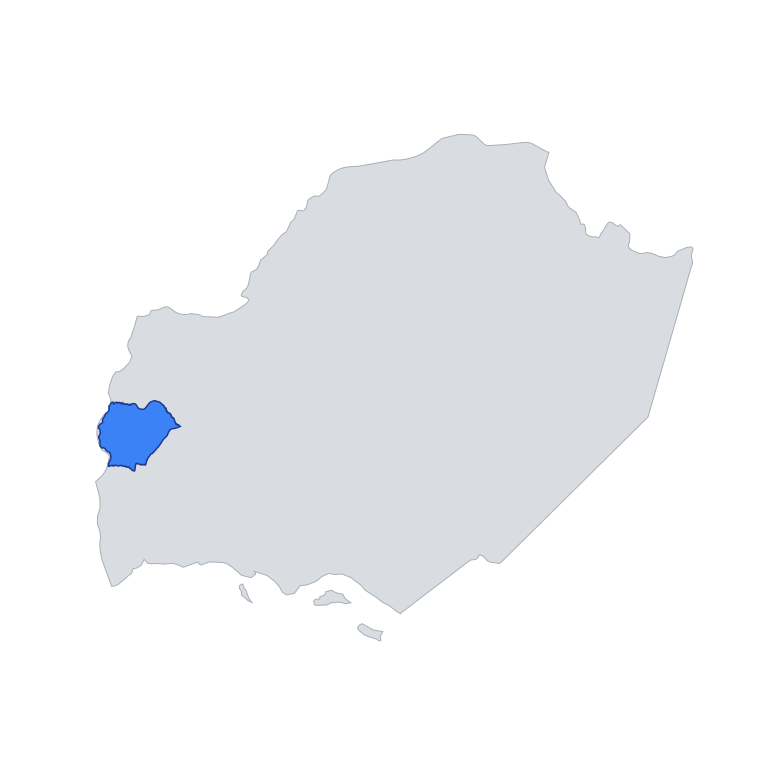 Tunduru, Ruvuma, United Republic of Tanzania (highlighted), rotated 107°
{"feature_id": "72390352B58168894275482", "entity_name": "Tunduru", "entity_type": "district", "adm_level": 2, "iso_a3": "TZA", "parent_name": "United Republic of Tanzania", "parent_adm1": "Ruvuma", "projection": "albers", "projection_center": [37.262, -10.895], "detail": "fine", "context": "in_parent", "style": "filled", "palette": "blue", "viewbox_px": 768, "rotation_deg": 107, "n_neighbors": 0, "source": "geoboundaries", "source_scale": "gbopen_adm2", "svg_char_len": 9392}
<svg xmlns="http://www.w3.org/2000/svg" viewBox="0 0 768 768"><g transform="rotate(107 384 384)"><path d="M291.3,534.0L283.3,529.9L276.0,527.4L270.1,524.7L267.4,522.0L261.9,521.0L257.1,520.6L252.6,518.1L243.5,517.3L242.5,515.6L242.2,511.8L240.6,510.9L237.3,510.0L233.7,510.1L231.6,510.7L230.3,510.4L227.3,508.2L224.5,505.4L223.4,500.9L219.1,498.1L214.3,495.9L200.9,496.4L198.8,495.7L195.6,493.5L191.8,489.8L188.7,485.5L186.0,479.7L183.1,471.8L167.0,440.5L165.3,434.5L162.2,428.0L157.1,419.9L151.7,414.0L144.5,408.7L136.4,403.4L131.9,399.9L123.3,385.2L121.4,378.3L119.9,371.1L120.4,368.2L125.3,358.7L125.8,356.1L125.1,352.6L122.3,345.3L118.9,336.4L111.8,320.2L110.8,316.1L110.8,313.0L114.3,296.3L114.1,294.0L129.7,293.9L140.8,286.4L150.5,275.3L152.3,270.7L156.2,263.7L160.1,260.2L161.5,257.7L163.6,250.7L168.7,245.9L173.7,242.2L172.6,239.7L173.3,238.7L176.1,236.8L181.4,235.0L182.4,231.4L182.3,227.3L181.4,225.0L181.5,222.3L180.6,220.9L177.1,220.6L171.8,218.7L167.4,217.9L164.4,216.8L163.3,215.9L162.8,213.4L165.1,207.1L162.6,204.5L167.8,193.9L168.7,192.6L170.7,192.4L173.8,191.2L176.7,190.7L179.1,191.0L180.8,190.5L182.3,189.3L183.6,185.7L184.5,179.8L183.8,175.0L181.5,171.3L180.7,165.6L181.6,158.0L180.7,151.6L178.1,146.6L175.5,143.7L171.5,142.3L165.2,134.7L163.2,131.0L163.5,128.7L165.6,127.6L169.6,127.9L173.2,126.9L176.6,124.7L180.0,124.1L181.8,124.4L338.3,121.9L521.2,220.4L521.9,221.6L523.3,230.2L523.0,233.1L520.2,238.1L519.4,240.7L519.4,242.4L520.1,243.2L522.4,243.4L524.5,244.6L525.2,245.5L526.8,249.3L528.7,251.1L597.4,300.4L598.9,301.2L597.9,305.3L594.0,315.3L593.7,319.4L592.2,324.3L590.7,327.6L586.7,341.6L583.3,346.8L578.8,359.2L578.0,368.6L580.5,375.2L581.3,381.4L586.6,387.5L590.8,389.7L593.6,392.5L598.6,398.9L601.5,405.3L610.5,408.5L614.1,415.7L612.7,420.6L608.5,424.6L604.5,431.2L601.3,439.8L601.1,453.1L603.3,451.1L608.0,454.4L608.6,464.1L603.6,475.5L602.0,480.8L601.7,485.4L605.2,499.0L610.6,506.0L610.2,508.2L608.7,510.0L617.9,522.3L617.0,533.0L620.4,541.3L621.9,548.5L624.1,554.1L624.5,557.9L621.7,562.1L628.4,563.2L632.3,566.7L634.1,570.1L639.0,570.0L641.6,572.2L645.3,574.2L653.6,579.8L655.9,582.6L657.2,585.3L634.1,602.6L625.7,607.0L619.8,609.1L613.4,610.2L607.4,612.9L601.7,617.2L594.4,619.3L585.6,619.3L576.2,622.3L561.6,631.3L553.1,626.2L546.4,624.6L538.7,624.8L534.0,625.4L532.3,626.5L530.8,629.5L529.6,634.6L524.5,639.4L515.7,644.1L507.6,645.8L500.1,644.6L495.1,642.7L492.4,640.0L488.6,638.8L483.4,639.0L478.5,640.9L473.9,644.6L466.4,646.1L456.1,645.7L450.6,644.0L449.8,640.9L445.3,637.4L437.1,633.4L431.0,633.3L427.1,637.2L423.6,639.7L420.4,640.7L417.5,640.9L413.3,639.8L401.9,639.5L391.2,639.7L390.0,634.1L387.8,630.7L385.8,628.6L382.1,628.2L381.1,626.6L379.8,623.1L377.9,620.1L375.5,617.6L374.0,615.4L373.5,613.3L373.9,610.9L376.1,605.1L376.7,601.2L376.4,597.1L375.2,593.0L372.6,588.0L372.9,586.6L372.0,583.2L371.9,580.9L372.3,577.9L371.8,574.1L369.5,565.8L369.5,563.7L367.1,559.7L359.8,550.3L359.5,549.1L348.1,539.7L343.6,537.6L342.0,539.4L341.4,541.1L341.9,544.1L341.6,545.7L341.2,546.4L338.5,546.3L336.8,546.0L332.5,543.4L329.2,542.8L320.9,543.4L318.0,544.0L315.7,543.5L311.3,539.2L306.2,538.3L301.6,538.2L293.9,533.3L291.3,534.0ZM612.0,373.9L615.6,384.4L615.1,386.4L612.5,387.5L611.1,387.6L609.5,385.9L608.3,382.4L606.3,383.2L602.9,379.0L599.5,378.8L596.5,373.7L597.7,369.4L597.1,361.9L600.8,358.1L602.9,351.7L605.2,356.1L605.7,362.9L608.9,371.0L612.0,373.9ZM630.6,311.9L630.9,314.4L630.1,316.7L630.2,324.1L629.8,329.0L627.0,335.8L624.7,338.2L622.6,337.5L620.9,336.3L619.6,334.5L622.4,322.0L621.1,312.8L626.4,313.8L630.6,311.9ZM621.8,462.6L619.1,463.2L618.1,462.6L616.5,460.5L619.3,458.8L622.1,455.4L628.5,450.5L631.5,446.5L631.0,450.4L627.3,458.8L624.3,459.4L621.8,462.6Z" fill="#d9dde1" stroke="#a8b0b8" stroke-width="1"/><path d="M484.3,566.7L484.3,567.1L484.1,567.3L483.6,567.4L483.7,568.1L483.2,568.3L483.1,568.8L483.3,569.0L483.4,569.4L483.1,569.5L483.4,570.2L483.4,570.4L483.2,570.5L483.2,570.9L483.1,571.4L482.8,571.4L482.6,571.2L482.4,571.2L482.2,571.7L482.2,572.1L481.7,572.6L481.3,572.7L481.1,573.0L479.8,573.8L479.2,574.5L478.8,574.5L478.3,574.9L478.2,575.1L478.3,575.5L477.9,575.7L477.8,575.9L477.8,576.2L477.9,576.4L477.8,576.6L478.0,577.0L477.8,577.2L477.5,577.6L477.2,577.6L477.1,577.8L476.9,577.7L476.7,578.1L476.3,578.2L476.1,578.6L475.7,578.7L475.5,578.8L475.2,579.4L474.9,579.6L474.9,580.0L474.7,580.1L474.7,580.3L475.0,580.5L474.9,580.8L474.7,580.9L474.6,581.2L474.8,581.4L474.8,582.3L474.1,582.4L474.1,582.6L474.0,583.0L474.0,583.4L474.0,583.5L473.7,583.3L473.4,583.4L473.4,583.5L473.5,583.8L473.0,584.3L472.9,584.6L472.4,584.8L472.3,584.7L472.1,584.9L471.6,585.0L471.1,585.2L471.2,585.7L470.8,585.8L470.8,586.2L470.8,586.3L470.6,586.6L470.8,586.8L470.6,587.3L469.7,587.5L468.7,588.8L468.6,589.1L468.7,589.4L468.7,589.6L468.0,590.6L467.8,591.2L467.2,592.5L466.9,593.4L467.0,594.6L466.9,595.4L467.0,596.3L467.1,596.7L467.1,597.0L467.0,597.3L466.9,597.9L467.0,598.3L467.0,598.5L467.2,598.9L467.7,599.7L469.6,602.1L471.2,603.0L472.3,603.4L473.3,603.8L475.2,604.5L475.6,604.6L476.3,604.9L477.2,605.4L477.6,605.6L477.8,605.8L478.2,606.2L478.8,607.4L479.0,608.2L479.2,611.1L478.8,612.0L477.5,613.7L476.6,614.6L476.1,615.3L475.8,615.9L475.8,616.5L476.0,616.8L475.9,617.4L476.1,617.7L476.0,617.9L476.2,618.3L476.3,618.4L476.3,618.6L476.5,618.7L476.5,618.9L476.9,619.3L477.0,619.6L477.2,619.8L477.3,620.1L477.6,619.9L477.8,620.5L478.0,620.5L478.3,620.4L478.3,620.9L478.5,621.1L478.2,621.8L478.6,622.1L478.4,622.9L478.2,623.0L478.3,623.2L478.5,623.3L478.5,623.5L478.3,623.7L478.5,624.0L478.3,624.4L478.4,624.6L478.7,624.8L478.8,624.9L478.7,625.1L479.1,625.7L479.0,626.1L479.0,626.3L478.9,626.6L479.0,626.7L479.1,626.8L479.3,626.7L479.3,626.9L479.2,626.9L479.2,627.0L479.2,627.8L479.2,628.1L479.1,628.4L478.9,628.4L479.1,628.7L478.9,628.6L478.8,628.8L478.5,628.8L478.7,629.1L479.0,629.1L478.9,629.1L479.1,629.3L479.1,629.7L479.2,629.9L479.2,630.1L479.0,630.6L479.2,631.0L479.0,631.4L479.3,631.8L479.2,632.1L479.3,632.5L480.0,632.9L479.8,633.3L480.0,633.6L479.6,634.1L479.5,634.4L479.6,634.6L480.0,634.9L480.3,635.1L480.4,635.3L480.5,635.8L481.9,636.2L482.0,636.5L481.8,637.0L481.6,637.2L480.6,637.8L481.1,638.2L481.1,638.6L481.3,639.0L481.5,639.3L482.0,639.5L482.3,639.5L483.2,639.8L483.4,639.9L484.2,639.7L484.7,640.0L485.0,640.4L485.9,640.6L486.1,640.5L486.2,640.2L487.4,640.1L487.9,639.9L488.4,639.4L488.7,639.3L489.6,639.6L490.5,639.4L491.0,639.7L491.9,640.1L492.5,640.5L492.9,640.9L493.4,641.4L494.0,641.6L495.0,641.6L496.1,641.9L496.7,641.8L497.1,641.9L499.1,642.6L500.2,642.8L500.6,642.8L502.2,642.0L502.7,641.9L503.1,642.0L504.0,642.3L504.8,643.2L504.9,643.4L505.2,643.5L505.5,643.9L505.8,644.0L506.8,644.1L507.2,644.2L507.7,644.5L508.1,644.6L509.5,644.4L509.8,644.2L509.9,643.5L510.3,642.7L510.7,642.3L511.0,642.1L512.6,641.5L513.0,641.5L513.5,641.0L513.7,640.9L514.4,641.0L515.2,640.8L516.1,641.2L517.7,641.4L518.3,641.2L519.6,640.5L521.3,639.0L522.0,639.0L522.7,638.5L523.4,638.5L524.2,638.1L524.7,638.0L525.3,637.9L525.6,637.8L526.0,637.4L526.4,637.1L527.1,636.1L527.4,635.2L527.6,634.7L527.6,634.4L527.4,634.3L527.0,633.9L526.9,633.4L527.2,632.7L527.3,632.1L527.4,631.6L527.7,631.3L528.3,631.1L528.5,630.8L528.8,629.9L528.9,629.4L529.5,628.8L529.6,626.4L529.7,626.0L529.8,625.9L530.7,625.7L531.0,625.5L531.3,625.0L531.8,624.7L532.9,624.2L533.7,623.6L534.4,623.5L535.2,623.5L535.9,623.8L536.3,623.9L537.1,623.7L537.8,623.7L538.7,624.1L539.0,624.0L540.0,624.1L540.4,624.3L540.7,624.3L541.4,624.1L542.6,623.6L543.3,623.5L542.9,622.7L542.3,622.6L542.2,622.5L542.0,621.8L542.2,621.6L541.6,620.9L541.5,620.6L541.6,620.2L541.2,619.9L541.3,619.8L541.5,619.7L541.5,619.3L541.3,619.1L541.2,618.9L541.5,618.7L541.5,618.4L540.2,617.5L540.2,617.0L540.3,616.7L540.2,616.3L540.3,616.0L540.2,615.7L540.3,614.9L540.2,614.8L540.0,614.7L539.8,614.5L539.8,614.0L539.8,613.7L539.8,613.4L539.3,612.9L539.0,612.4L539.0,612.1L538.9,612.0L538.7,611.7L538.9,611.4L538.9,611.0L538.7,610.9L538.6,610.6L538.6,610.3L538.5,610.2L538.8,609.9L538.8,609.6L538.8,609.0L538.9,608.8L538.9,608.6L538.6,608.2L538.3,607.9L538.4,607.5L538.2,607.1L538.5,606.8L538.4,606.4L538.7,606.3L538.8,605.9L538.4,605.5L538.5,605.2L538.4,604.9L538.4,604.5L538.2,604.3L538.0,604.1L537.9,603.6L538.4,603.4L538.4,602.9L538.8,602.6L539.0,602.2L539.2,601.6L539.2,601.4L539.3,601.3L539.3,601.0L539.4,600.6L539.4,600.4L539.5,600.1L539.9,599.9L540.1,599.6L540.2,599.4L540.3,598.3L540.2,597.5L540.0,597.1L539.7,597.0L537.7,597.4L536.9,597.4L536.3,597.5L536.0,597.8L535.5,597.8L533.3,597.9L532.4,597.8L532.3,597.5L532.2,595.3L532.4,594.5L532.1,593.5L532.3,592.5L532.2,592.5L532.1,592.2L531.9,592.2L531.9,591.6L531.8,591.2L531.6,590.9L531.5,590.5L531.3,590.3L531.4,590.1L531.0,589.9L531.2,589.6L531.2,589.2L531.4,588.9L531.4,588.7L531.0,588.5L530.0,588.3L529.6,588.4L529.3,588.3L528.8,588.3L528.3,588.5L527.6,588.5L527.2,588.5L526.8,588.3L526.6,588.3L526.1,588.5L525.6,588.3L523.7,588.0L522.6,587.7L522.1,587.5L520.8,586.9L519.3,586.6L518.9,586.3L518.1,585.2L517.8,585.0L517.1,584.8L516.7,584.5L516.3,584.5L516.2,584.3L516.0,584.1L515.1,583.8L513.9,583.1L511.9,582.4L510.0,581.4L507.7,580.6L507.1,580.3L505.7,580.0L504.7,579.7L503.9,579.4L503.4,579.4L501.0,578.6L499.7,577.9L497.9,576.8L496.7,576.3L496.1,576.2L495.4,576.2L493.4,576.0L491.2,575.5L490.3,575.0L489.6,574.6L488.7,573.6L487.7,571.2L487.0,570.1L484.7,567.1L484.3,566.7Z" fill="#3b82f6" stroke="#1e3a8a" stroke-width="1.5"/></g></svg>